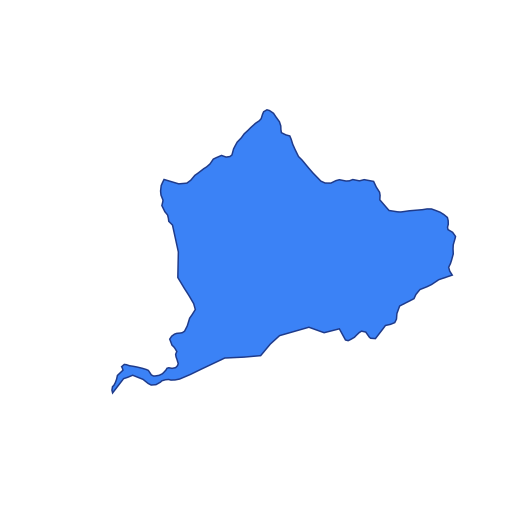 Nagha Boguila, Ouham, Central African Republic, rotated 244°
{"feature_id": "33826404B99967621035211", "entity_name": "Nagha Boguila", "entity_type": "district", "adm_level": 2, "iso_a3": "CAF", "parent_name": "Central African Republic", "parent_adm1": "Ouham", "projection": "natural_earth1", "projection_center": [16.914, 7.123], "detail": "fine", "context": "isolated", "style": "filled", "palette": "blue", "viewbox_px": 512, "rotation_deg": 244, "n_neighbors": 0, "source": "geoboundaries", "source_scale": "gbopen_adm2", "svg_char_len": 2614}
<svg xmlns="http://www.w3.org/2000/svg" viewBox="0 0 512 512"><g transform="rotate(244 256 256)"><path d="M152.8,424.0L157.5,423.5L161.4,424.2L164.0,427.5L166.6,430.0L171.4,434.2L176.2,436.3L179.6,438.2L184.7,442.8L186.1,443.9L191.1,443.1L195.6,440.1L198.0,440.8L200.2,442.7L203.5,444.2L206.7,444.9L210.7,443.1L214.6,440.7L218.3,437.3L221.3,434.4L223.3,430.4L224.7,425.8L229.4,413.7L232.1,405.4L233.5,402.8L238.6,395.5L252.2,391.9L256.1,394.1L259.1,395.0L265.3,394.3L271.5,394.4L277.2,386.7L278.2,381.9L282.3,376.5L282.6,372.9L283.9,369.8L288.0,364.4L288.7,360.9L288.7,355.2L291.3,350.1L294.9,347.1L305.9,343.5L311.9,341.9L322.2,339.4L326.8,337.8L335.0,337.8L340.4,338.0L345.5,338.8L349.1,339.0L351.7,336.0L355.7,332.9L358.7,333.8L362.1,335.3L366.4,335.9L372.7,334.8L376.6,334.3L380.8,331.9L382.6,329.9L382.3,326.1L380.5,324.0L377.2,320.9L376.1,318.2L375.5,313.7L373.7,307.5L372.5,304.1L371.0,299.0L368.6,294.5L366.6,289.0L363.9,285.2L362.1,282.8L357.4,278.7L356.8,276.3L358.0,272.5L361.5,269.1L361.8,263.2L361.8,260.1L358.9,255.0L357.7,250.5L357.4,247.4L355.9,240.2L355.3,236.4L352.7,230.6L351.8,225.8L354.7,218.2L365.1,206.9L363.0,204.2L360.9,201.7L356.2,198.7L352.4,197.3L347.0,196.9L345.5,195.9L342.6,193.5L335.8,193.5L331.6,194.5L328.4,193.8L325.4,192.8L320.4,194.5L293.7,188.0L270.9,176.3L258.5,177.4L249.9,178.4L240.5,179.1L234.5,178.0L231.3,172.9L229.2,169.1L223.3,163.6L219.7,158.8L219.4,156.1L220.0,154.0L221.2,150.9L221.5,148.5L220.9,145.1L219.1,142.0L215.7,141.7L212.7,141.4L210.3,142.3L208.3,142.7L206.5,142.8L204.9,143.0L202.9,140.7L200.3,139.9L197.4,139.6L195.2,139.2L193.5,139.0L191.9,137.5L190.9,134.8L191.8,131.3L193.8,128.6L194.1,126.8L193.0,125.1L191.8,122.1L191.2,120.2L191.2,116.7L192.3,113.0L193.0,111.3L195.0,109.8L197.4,109.5L200.3,109.1L202.0,107.7L204.8,104.7L208.2,100.6L210.4,97.7L212.9,94.1L215.1,91.9L216.3,90.1L215.4,86.7L214.3,86.8L211.7,86.4L209.4,79.1L206.4,76.7L203.8,74.0L202.0,71.5L201.5,69.8L198.6,67.7L195.8,67.1L203.8,83.2L203.2,87.7L202.9,92.9L194.6,100.4L188.7,103.2L186.0,105.2L184.2,109.7L184.5,114.8L185.1,116.6L184.5,120.3L183.3,123.4L181.8,125.1L180.1,128.9L178.9,133.4L178.3,145.1L178.3,157.1L178.0,183.2L170.3,201.1L164.4,216.5L170.6,230.3L174.1,242.3L168.8,272.3L157.2,283.6L154.0,299.0L141.3,299.6L139.5,301.7L139.5,304.8L139.8,308.9L140.7,311.3L141.9,315.1L142.2,317.9L139.5,321.3L133.3,322.3L131.8,323.0L129.4,327.1L134.5,337.4L136.8,341.9L135.6,347.0L135.3,351.5L137.7,354.6L142.5,357.4L145.4,360.4L148.1,363.2L148.4,379.3L151.3,382.8L154.0,388.6L153.4,396.5L153.4,401.3L154.6,409.9L152.8,424.0Z" fill="#3b82f6" stroke="#1e3a8a" stroke-width="1.5"/></g></svg>